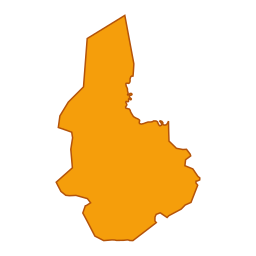 the district of Ngala, Borno, Nigeria
{"feature_id": "59680162B65219804693248", "entity_name": "Ngala", "entity_type": "district", "adm_level": 2, "iso_a3": "NGA", "parent_name": "Nigeria", "parent_adm1": "Borno", "projection": "natural_earth1", "projection_center": [14.207, 12.351], "detail": "fine", "context": "isolated", "style": "filled", "palette": "amber", "viewbox_px": 256, "rotation_deg": 0, "n_neighbors": 0, "source": "geoboundaries", "source_scale": "gbopen_adm2", "svg_char_len": 2026}
<svg xmlns="http://www.w3.org/2000/svg" viewBox="0 0 256 256"><path d="M167.1,217.5L168.8,215.7L181.2,209.1L185.2,205.0L191.0,202.4L197.7,185.2L195.9,182.9L196.1,181.1L197.3,181.0L199.7,179.9L199.8,177.9L197.9,176.4L192.8,168.9L184.9,165.7L185.6,159.7L190.7,155.9L190.2,154.2L186.5,149.3L182.8,149.5L176.4,148.3L171.3,143.3L169.0,141.1L168.7,131.7L168.5,121.1L167.7,122.9L166.4,124.7L164.9,125.1L163.2,124.8L162.8,124.0L162.9,122.7L161.8,121.3L160.1,120.8L159.8,121.4L160.7,122.4L161.6,123.8L161.4,125.2L160.0,125.9L158.9,125.0L158.1,123.5L157.5,121.9L156.1,121.0L153.7,120.9L152.3,121.7L150.7,122.0L148.1,122.0L145.6,122.8L143.8,123.5L141.2,124.1L139.5,123.5L139.2,122.1L139.7,120.8L139.4,120.0L137.9,118.9L135.8,118.0L134.3,117.1L133.4,116.5L132.9,115.7L132.3,114.8L131.0,112.6L130.6,111.9L130.2,110.4L129.7,109.6L129.2,109.0L127.9,108.7L126.2,108.2L125.7,107.9L125.6,106.8L126.4,105.8L126.9,104.8L126.5,103.8L126.3,103.3L125.8,102.5L126.0,101.5L126.7,101.4L127.9,101.8L128.5,101.4L128.6,100.6L128.6,98.9L128.9,98.7L129.6,98.9L130.3,99.5L130.8,99.8L131.1,99.5L131.3,99.2L131.3,98.9L130.9,98.4L129.9,97.6L129.4,97.0L129.6,95.9L130.2,95.4L131.1,95.2L131.7,94.9L132.0,94.3L131.7,93.7L131.2,93.4L130.1,93.4L128.3,95.0L127.7,95.0L127.5,94.7L127.8,94.1L128.1,93.2L127.9,92.1L127.5,91.1L127.5,89.9L127.4,88.7L126.8,87.2L126.3,86.4L125.8,83.9L126.0,83.4L126.3,83.3L127.2,83.2L128.6,83.4L129.4,82.9L130.0,81.7L130.1,80.2L130.0,79.0L130.8,76.8L131.2,76.4L131.9,76.0L132.6,76.2L132.9,76.2L133.1,75.2L133.4,71.5L133.8,64.8L133.8,63.6L124.8,15.4L87.2,38.5L83.5,86.9L68.3,102.1L59.9,115.9L58.3,127.5L67.6,130.7L71.7,132.2L72.6,137.8L70.8,149.3L72.4,167.8L56.2,182.2L57.7,185.2L61.0,191.5L65.8,195.3L69.4,195.7L76.0,195.4L87.4,198.6L90.6,202.8L86.2,205.6L85.3,205.8L82.8,213.0L87.2,221.2L94.9,236.1L103.7,240.6L112.0,239.9L114.6,240.0L116.6,240.4L123.5,240.3L127.4,239.9L128.8,240.1L129.7,240.5L132.9,240.6L156.3,222.6L154.9,220.9L155.0,217.0L156.2,214.4L160.2,212.8L167.1,217.5Z" fill="#f59e0b" stroke="#b45309" stroke-width="1.5"/></svg>